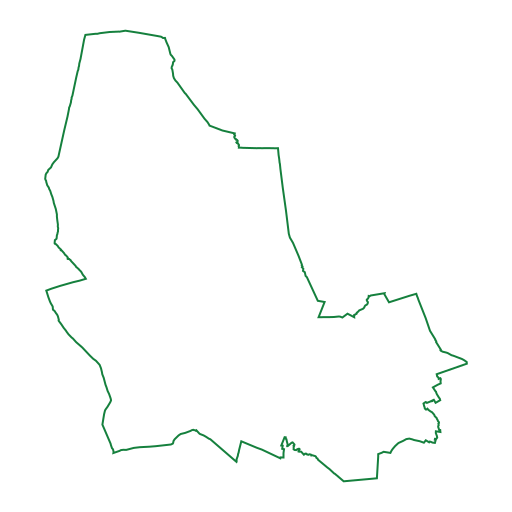 the district of Stiuca, Timis, Romania
{"feature_id": "2599482B92651033244304", "entity_name": "Stiuca", "entity_type": "district", "adm_level": 2, "iso_a3": "ROU", "parent_name": "Romania", "parent_adm1": "Timis", "projection": "natural_earth1", "projection_center": [21.98, 45.563], "detail": "fine", "context": "isolated", "style": "outline", "palette": "green", "viewbox_px": 512, "rotation_deg": 0, "n_neighbors": 0, "source": "geoboundaries", "source_scale": "gbopen_adm2", "svg_char_len": 5917}
<svg xmlns="http://www.w3.org/2000/svg" viewBox="0 0 512 512"><path d="M343.7,481.3L376.9,478.3L378.2,456.6L378.2,454.1L381.7,452.8L383.6,451.8L390.4,452.9L391.6,450.5L392.9,448.7L395.1,446.1L398.0,443.4L398.7,442.9L403.1,440.9L406.3,439.1L409.3,438.6L412.4,439.4L414.0,440.0L419.7,441.2L423.9,442.7L425.8,440.3L429.1,442.3L429.6,441.6L430.4,441.7L432.6,442.6L434.9,442.9L435.7,440.0L434.8,439.7L435.0,438.8L436.3,438.9L437.2,437.6L436.9,436.0L435.8,433.0L435.9,431.3L440.4,432.0L440.2,430.1L439.3,430.2L438.2,427.0L438.2,426.1L438.7,425.2L438.4,423.6L439.0,422.9L438.8,422.0L437.9,421.0L437.7,420.2L436.9,418.9L436.7,418.1L434.7,416.1L434.2,414.7L432.0,412.2L430.5,411.4L428.6,410.0L427.4,408.7L426.7,409.4L426.0,409.6L424.8,408.5L424.6,407.2L424.2,406.3L423.5,403.5L425.5,402.1L425.9,402.4L426.3,402.3L426.9,402.9L430.6,401.4L431.7,401.2L431.5,400.9L433.8,399.8L435.6,402.8L440.2,400.2L440.0,399.6L439.9,398.9L438.5,396.9L436.8,394.1L436.2,392.6L436.0,391.7L435.5,391.3L432.9,387.4L437.8,384.7L440.7,383.4L440.5,381.0L440.8,379.8L440.7,378.7L440.3,378.2L438.7,378.9L438.5,377.8L437.9,377.0L437.2,376.5L436.7,374.2L466.8,363.7L466.7,362.0L464.3,360.3L462.2,359.1L453.3,355.7L451.5,355.2L447.6,353.0L446.0,352.5L442.7,351.7L440.8,350.7L440.4,350.1L440.8,349.6L436.1,342.1L436.3,341.4L435.2,339.8L435.3,339.4L430.0,330.8L425.7,318.2L418.5,300.0L417.8,297.9L417.0,296.0L416.3,293.8L409.4,295.8L389.0,302.3L384.3,294.1L384.6,293.2L370.7,295.5L369.5,296.3L368.7,296.0L368.5,297.6L367.8,298.8L366.9,299.5L366.7,300.0L367.1,301.0L367.9,302.1L367.8,303.0L367.4,304.0L366.8,304.7L365.4,305.4L364.7,306.3L364.2,307.6L363.0,308.8L359.2,310.4L358.2,311.6L356.7,312.8L356.7,313.6L356.4,313.9L355.8,314.1L355.2,314.4L354.8,314.9L354.1,315.1L354.2,317.2L347.5,313.7L342.4,317.5L340.0,316.6L338.7,316.5L333.9,317.0L330.2,317.1L318.6,317.2L324.6,302.0L317.8,300.8L306.9,277.2L305.6,275.9L304.8,272.2L303.0,270.9L303.3,268.7L301.9,267.2L302.5,266.4L301.7,265.3L301.9,264.6L298.6,256.0L293.0,242.9L289.9,237.6L288.8,233.7L286.0,210.8L282.8,188.0L280.4,168.9L279.9,163.9L279.6,162.7L279.2,158.9L278.6,155.0L278.0,148.2L274.6,148.3L273.5,148.2L264.4,148.1L262.8,148.2L257.6,148.1L257.1,148.2L241.9,147.8L241.5,147.7L238.9,147.7L239.0,147.1L238.6,146.1L239.0,145.3L239.0,145.0L238.5,144.5L238.2,143.6L236.8,143.0L236.4,142.4L236.6,142.2L237.5,141.9L237.7,140.8L237.1,140.0L236.1,139.7L236.1,139.2L235.2,138.8L234.8,138.3L234.2,137.0L234.3,136.7L235.1,135.8L235.1,135.4L234.2,134.5L234.3,134.2L234.7,133.4L222.4,130.5L209.5,125.6L209.2,124.8L207.5,122.1L204.5,118.7L197.6,109.2L193.8,104.7L185.6,93.7L185.1,93.4L184.4,92.5L177.4,82.6L175.4,80.5L173.9,78.1L173.2,75.8L173.0,73.5L172.3,69.5L171.6,68.3L171.6,67.8L171.9,66.4L172.2,65.9L172.5,65.6L172.5,65.1L172.8,64.4L173.1,62.2L174.4,61.0L174.5,60.7L174.5,59.7L174.3,59.3L171.9,55.9L170.8,54.8L170.4,54.0L168.7,47.1L166.6,42.5L165.1,38.6L165.1,38.1L165.0,37.9L163.0,38.0L161.6,37.0L161.0,36.7L157.3,36.0L139.0,32.8L125.4,30.7L119.3,31.7L118.8,31.6L109.7,32.0L99.8,33.2L97.4,33.8L95.4,33.8L85.4,34.9L84.1,39.6L80.5,59.0L79.3,63.5L79.0,66.2L78.6,67.3L78.3,69.7L77.7,71.1L76.2,77.6L72.4,95.7L71.6,97.6L71.6,98.9L71.2,100.0L70.9,102.5L69.8,106.2L69.1,107.7L69.0,109.0L67.5,116.6L64.2,130.4L58.4,156.7L57.5,158.3L53.9,162.2L52.3,164.4L51.0,167.4L48.3,169.9L47.6,171.9L46.4,173.2L45.7,174.6L45.2,178.8L45.5,179.8L46.1,180.8L46.3,182.1L47.3,185.4L48.8,187.6L49.2,189.0L50.2,190.8L51.3,194.3L52.4,197.0L53.5,201.0L53.8,202.9L55.8,209.0L56.9,214.4L56.9,216.7L57.3,220.3L57.9,224.5L57.8,226.7L58.2,228.2L58.0,229.8L58.0,231.5L57.6,232.6L57.4,234.0L56.9,235.2L56.6,238.4L56.4,238.9L54.9,240.1L54.6,243.2L54.8,243.7L55.6,243.9L57.7,245.9L58.6,247.4L61.1,249.7L61.2,250.0L60.9,250.3L61.0,250.4L61.9,250.7L64.1,253.2L65.0,254.7L66.2,255.6L67.8,257.5L67.6,258.8L67.9,259.0L69.2,259.0L69.7,259.6L70.4,259.9L71.2,261.2L75.6,265.9L76.0,266.7L76.3,267.1L76.8,267.4L78.9,269.3L79.4,270.0L80.6,271.1L81.4,272.1L82.8,274.7L84.9,277.2L85.8,278.8L79.8,280.6L73.1,282.2L60.1,285.9L51.4,288.7L46.3,290.6L48.4,297.3L50.0,301.6L50.9,303.5L52.3,305.8L52.7,306.6L52.9,309.1L53.0,309.7L54.6,311.0L56.0,313.2L57.1,314.6L57.9,316.3L58.8,319.7L58.6,320.4L58.7,320.8L61.4,324.4L63.7,327.9L65.9,330.6L66.5,331.6L68.5,334.3L71.6,337.5L72.9,338.5L76.2,342.2L82.3,347.5L89.9,355.6L93.2,358.8L96.0,360.8L99.6,364.8L101.0,368.3L101.9,372.0L102.3,374.3L103.7,377.8L105.5,384.7L106.5,387.3L107.6,390.9L109.1,394.0L110.4,397.7L110.9,399.4L111.0,400.5L110.2,402.3L107.5,406.8L105.4,409.7L104.9,410.9L104.1,414.2L102.4,424.6L110.6,443.7L110.9,445.0L112.0,448.2L112.9,449.2L113.1,449.7L113.6,451.9L113.4,453.0L119.5,450.9L121.0,450.1L123.3,449.8L126.2,449.9L133.8,447.9L139.8,447.2L149.4,446.7L155.6,446.2L170.9,444.5L172.8,443.6L173.1,443.0L173.6,440.8L174.7,439.2L178.6,435.4L180.7,434.0L185.2,432.9L190.3,431.0L192.0,430.1L193.3,429.8L193.8,430.1L194.9,430.2L195.9,430.8L196.4,430.3L199.4,433.6L200.0,434.0L203.6,435.4L206.2,436.9L208.9,438.7L209.8,439.0L210.5,439.4L236.5,461.9L236.6,461.7L236.6,459.2L237.8,455.9L238.1,454.0L238.6,452.6L239.1,450.0L241.3,441.3L256.9,447.8L261.9,449.6L280.3,458.3L280.5,457.4L283.5,457.5L283.5,453.1L284.0,449.2L282.2,448.8L282.7,445.7L281.3,445.5L284.6,437.2L285.7,437.3L285.8,438.5L286.0,439.0L286.4,439.2L286.9,441.6L287.6,444.2L287.6,444.9L287.2,445.8L287.2,446.1L287.7,446.1L291.4,442.9L292.3,442.4L292.6,442.4L294.3,444.3L294.5,444.8L293.6,445.7L294.0,446.3L293.6,447.0L293.7,448.0L293.6,449.3L294.7,450.0L296.2,450.1L297.3,449.2L299.0,448.7L299.5,449.0L299.6,449.3L298.6,450.8L298.5,451.5L299.2,451.7L300.5,451.6L301.2,451.7L303.9,454.7L304.9,453.8L305.3,453.6L305.8,453.8L306.3,453.7L306.5,453.8L306.7,454.3L307.0,454.4L308.3,454.8L309.3,454.3L309.5,454.4L310.7,454.5L311.0,454.7L311.3,455.4L311.6,455.2L312.1,455.2L315.2,456.1L315.9,456.6L316.5,458.0L317.5,458.5L318.0,459.7L327.1,467.3L329.5,469.1L334.2,473.5L334.9,473.8L343.7,481.3Z" fill="none" stroke="#15803d" stroke-width="2"/></svg>